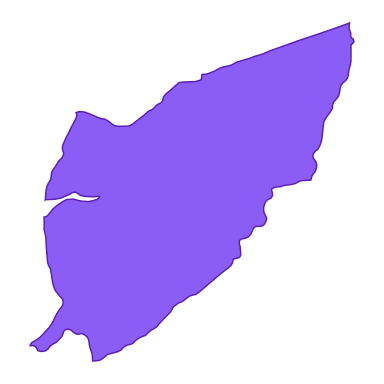 outline of Komo, Estuaire, Gabon
{"feature_id": "22940354B49823101443356", "entity_name": "Komo", "entity_type": "district", "adm_level": 2, "iso_a3": "GAB", "parent_name": "Gabon", "parent_adm1": "Estuaire", "projection": "albers", "projection_center": [10.284, 0.218], "detail": "fine", "context": "isolated", "style": "filled", "palette": "violet", "viewbox_px": 384, "rotation_deg": 0, "n_neighbors": 0, "source": "geoboundaries", "source_scale": "gbopen_adm2", "svg_char_len": 3838}
<svg xmlns="http://www.w3.org/2000/svg" viewBox="0 0 384 384"><path d="M310.8,180.1L310.8,179.9L312.0,176.0L313.7,173.4L315.4,171.1L316.5,167.5L316.7,164.8L315.9,161.8L314.2,159.4L313.3,157.8L312.9,155.4L313.4,153.5L315.9,150.7L317.6,149.5L319.5,146.4L321.1,142.4L321.9,138.2L322.5,133.5L323.1,127.0L323.8,122.1L325.0,119.3L327.2,116.1L329.6,113.0L331.4,110.2L332.4,108.2L332.6,104.7L333.6,101.9L335.0,100.6L338.1,96.8L339.3,93.7L339.7,91.2L340.1,88.4L341.1,85.2L343.1,82.7L345.6,80.6L347.4,78.1L348.1,75.9L348.6,72.0L349.2,68.7L350.3,65.0L350.9,61.3L351.0,55.6L351.0,45.2L352.7,43.3L353.9,41.9L353.3,39.2L351.2,37.6L350.6,35.5L350.8,33.3L350.0,31.4L349.1,27.9L349.5,23.0L341.7,25.9L319.9,33.5L296.8,41.2L287.0,44.8L271.1,50.4L262.1,54.2L254.5,56.4L249.4,58.4L241.6,60.7L235.8,62.5L231.9,64.9L228.8,65.8L224.8,66.6L221.1,67.6L218.8,68.7L214.8,71.0L210.2,72.8L206.7,74.1L202.0,74.4L201.3,79.6L198.1,80.9L194.7,81.6L183.6,82.0L179.1,82.6L176.1,85.1L173.2,87.8L168.8,91.6L166.0,93.9L163.6,96.6L163.1,98.7L162.5,101.1L160.8,103.0L158.2,104.1L156.2,105.5L154.0,108.1L151.5,109.9L148.7,111.0L144.1,115.1L132.8,123.9L130.0,125.8L125.8,126.2L118.8,126.3L114.6,125.7L111.7,123.8L108.7,121.3L104.5,119.0L101.8,118.8L98.4,117.7L94.6,116.0L91.5,114.7L85.7,112.4L82.3,111.7L78.6,111.7L76.4,112.6L76.0,112.6L76.6,114.2L76.8,116.1L76.2,117.9L73.4,123.4L71.2,127.4L69.6,130.7L68.1,133.9L66.4,136.9L64.5,141.2L62.6,145.5L62.4,148.7L62.9,150.7L63.5,152.7L63.4,155.1L61.6,158.2L59.6,160.2L57.9,162.3L56.5,164.8L53.7,168.9L52.0,171.5L51.4,173.7L51.2,176.7L50.6,179.6L49.6,181.5L48.1,183.7L46.9,186.6L46.1,190.1L45.8,192.9L45.3,199.8L45.4,199.7L54.7,199.3L60.8,198.1L63.4,197.0L67.3,195.3L69.8,194.2L72.7,192.5L75.4,192.1L77.4,193.2L80.3,195.3L85.0,196.4L93.0,196.8L98.1,196.3L99.6,196.9L97.4,199.2L94.6,200.2L91.0,201.1L88.2,201.6L85.3,201.4L81.8,201.1L79.1,200.7L74.0,199.2L70.4,199.3L66.8,199.5L64.4,200.7L60.7,203.0L57.2,205.3L53.1,208.8L49.7,213.1L47.3,215.9L44.8,217.2L44.1,217.0L44.2,226.2L44.1,229.6L44.8,232.2L45.6,236.0L46.0,239.6L46.2,245.0L46.8,253.3L47.6,262.4L48.5,265.2L50.4,268.7L51.4,274.4L52.0,278.6L52.7,282.8L53.9,287.3L55.5,290.8L57.5,293.3L59.7,296.1L62.2,298.6L63.1,300.9L63.1,303.9L62.0,306.4L60.4,308.4L58.6,310.9L56.8,313.7L55.1,317.1L53.4,320.9L51.1,324.7L49.4,327.3L46.7,330.1L42.9,334.4L39.7,337.6L35.2,340.6L31.9,342.5L30.5,344.4L30.1,345.7L32.5,345.5L35.3,346.4L36.7,348.2L37.9,350.7L40.7,351.4L43.6,351.3L46.0,350.6L48.3,348.7L49.8,346.4L52.8,344.1L56.3,342.4L58.1,340.5L61.7,336.7L63.1,333.6L63.6,331.5L64.9,330.0L66.5,329.3L68.8,329.3L70.8,330.1L71.9,330.8L73.0,332.0L75.5,333.6L77.9,334.4L80.1,333.8L82.3,333.6L84.0,334.6L87.0,336.7L88.4,339.1L88.9,341.4L89.7,346.7L90.5,349.1L92.1,353.8L92.5,358.1L92.7,361.0L97.2,360.7L99.9,360.2L102.3,358.6L105.1,356.6L107.5,354.4L111.5,353.4L115.6,352.3L118.7,351.3L121.4,349.8L122.7,348.1L124.7,346.5L127.4,345.0L131.0,344.2L133.0,343.2L134.4,341.7L136.9,339.4L139.5,337.8L142.6,336.4L145.4,335.4L148.7,332.3L151.0,330.3L153.5,328.9L156.7,326.9L158.7,324.2L161.7,321.0L165.6,316.8L167.8,314.8L170.6,311.8L172.1,309.3L173.4,306.6L175.5,305.3L178.5,303.0L181.9,301.8L186.8,298.1L189.5,296.1L192.4,295.2L195.8,294.4L199.6,291.7L208.3,284.2L213.1,280.2L216.9,276.9L223.2,271.7L228.0,268.1L231.0,265.4L232.5,262.9L233.0,260.0L233.9,258.9L237.3,258.2L239.5,257.4L240.7,255.1L240.6,252.2L240.1,246.5L239.2,243.8L239.3,240.8L241.3,239.0L245.0,238.3L248.1,237.1L251.0,234.0L252.0,231.4L253.4,228.5L255.2,226.6L257.1,226.3L259.9,226.4L262.6,225.8L264.3,224.2L265.9,221.5L266.7,218.3L265.1,214.7L263.9,212.2L263.6,210.0L263.7,207.0L264.7,203.8L266.3,200.6L268.3,199.4L271.0,198.1L272.6,195.5L272.4,192.7L271.6,190.8L271.8,188.7L275.1,187.2L280.9,186.6L283.7,185.5L290.8,184.6L295.4,183.5L297.7,182.2L300.4,180.8L306.8,180.3L310.8,180.1Z" fill="#8b5cf6" stroke="#5b21b6" stroke-width="1.5"/></svg>